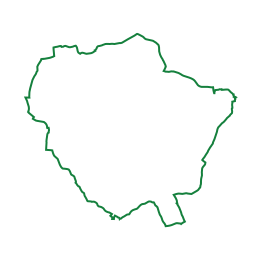 outline of Tritenii De Jos, Cluj, Romania, rotated 5°
{"feature_id": "2599482B80475446789021", "entity_name": "Tritenii De Jos", "entity_type": "district", "adm_level": 2, "iso_a3": "ROU", "parent_name": "Romania", "parent_adm1": "Cluj", "projection": "robinson", "projection_center": [24.012, 46.587], "detail": "fine", "context": "isolated", "style": "outline", "palette": "green", "viewbox_px": 256, "rotation_deg": 5, "n_neighbors": 0, "source": "geoboundaries", "source_scale": "gbopen_adm2", "svg_char_len": 5670}
<svg xmlns="http://www.w3.org/2000/svg" viewBox="0 0 256 256"><g transform="rotate(5 128 128)"><path d="M189.3,219.0L190.1,218.2L190.7,217.7L192.8,216.3L191.9,214.9L190.1,211.2L189.5,210.5L188.9,209.3L188.2,207.3L186.0,202.9L185.2,201.7L184.3,200.6L184.0,199.8L183.6,199.4L183.9,199.4L183.4,198.0L183.2,197.5L183.1,196.6L182.8,195.7L182.2,194.6L181.7,193.7L179.4,190.6L182.0,189.5L183.7,189.0L184.4,188.9L188.0,188.9L191.2,188.0L192.1,187.9L193.3,188.1L197.0,188.2L202.1,184.6L203.2,183.7L203.7,183.0L204.4,181.7L205.0,181.1L205.1,180.7L205.2,180.2L205.1,179.7L205.5,177.6L205.5,177.0L205.5,176.3L205.5,176.1L205.4,175.9L205.3,172.6L205.4,171.6L205.8,168.9L205.6,167.0L205.4,165.7L205.4,162.2L205.5,161.7L205.6,161.2L206.0,160.4L207.8,157.8L208.0,157.2L208.1,155.6L206.1,154.4L204.8,153.4L205.5,152.1L206.7,150.3L208.2,147.3L209.0,145.9L209.5,144.9L209.9,143.5L210.6,142.1L211.4,140.4L213.7,136.4L213.9,136.1L213.9,135.1L215.1,131.6L215.9,128.3L216.9,124.1L217.2,121.5L217.8,119.6L219.3,117.7L220.9,115.5L221.4,114.9L222.5,114.0L223.2,113.2L224.8,111.0L225.9,109.3L227.1,108.1L227.8,107.3L228.3,106.9L228.7,105.9L229.6,104.9L230.3,104.0L230.3,102.3L229.8,100.2L229.8,99.5L230.2,99.1L230.1,98.5L230.2,98.3L229.9,97.0L229.7,95.9L229.7,94.8L229.8,94.1L229.6,92.7L232.2,91.9L232.2,91.6L231.9,91.2L232.4,89.8L232.0,89.5L231.8,88.9L232.0,88.6L232.8,88.0L232.2,87.7L231.7,87.6L231.1,87.6L230.6,87.7L230.5,86.3L230.4,85.8L230.1,86.0L229.8,85.8L229.6,85.1L229.4,84.8L227.3,83.4L225.3,81.6L224.6,81.1L223.6,81.0L222.5,81.1L219.0,81.7L218.3,81.8L218.2,81.3L218.0,81.2L217.7,81.2L217.0,81.5L216.1,81.4L215.7,81.5L214.8,82.0L211.7,82.6L211.0,84.5L211.0,85.0L211.1,85.8L211.0,86.6L210.9,86.2L210.8,85.7L210.4,84.8L209.7,82.6L209.6,81.8L209.4,80.8L209.2,80.0L207.8,80.2L203.8,80.1L197.6,80.6L196.4,80.4L195.2,80.0L194.5,79.6L193.9,79.2L190.7,75.5L189.7,74.6L189.1,74.2L188.2,73.7L186.4,73.0L184.3,72.4L179.0,71.2L178.1,70.9L177.1,70.5L176.7,70.2L173.6,68.8L168.6,67.7L168.5,67.8L166.2,67.8L163.9,68.5L161.8,68.5L160.7,68.6L158.6,68.1L159.3,66.5L160.3,63.6L160.0,63.1L160.0,62.5L159.9,62.3L158.0,59.0L157.5,58.1L157.0,57.6L156.6,56.7L155.0,54.6L153.6,52.2L152.4,49.0L151.9,44.9L151.6,43.9L151.3,43.0L150.8,42.3L150.3,42.0L148.5,40.6L145.4,39.0L144.3,38.8L138.2,38.0L136.9,37.4L135.7,36.3L134.8,35.7L131.8,34.4L129.7,33.6L129.1,33.5L128.8,33.5L128.6,33.6L126.4,35.4L120.0,39.7L114.7,43.5L114.3,43.7L113.4,44.0L112.2,44.1L107.2,45.5L104.8,45.5L102.5,45.9L99.4,46.1L98.2,46.3L95.5,47.5L94.9,47.9L92.7,48.7L91.8,48.9L91.2,49.1L90.8,49.3L90.2,50.0L89.9,50.7L89.8,51.5L89.6,51.9L88.5,53.4L88.3,53.5L88.7,54.0L87.1,55.2L86.5,55.7L86.1,56.0L84.6,56.7L80.2,57.7L79.4,57.6L77.1,57.1L75.8,57.0L75.0,57.3L74.6,57.5L74.0,58.2L73.5,58.1L72.0,57.2L71.7,56.8L71.3,56.0L71.0,55.3L70.7,54.1L70.2,52.6L70.0,52.1L69.2,51.0L68.8,50.6L68.6,50.6L67.2,51.1L65.9,51.8L63.6,52.5L62.8,52.6L62.2,52.6L61.4,52.4L58.8,51.7L58.4,51.7L57.9,51.8L57.1,52.1L56.5,52.6L55.1,52.9L54.8,53.0L54.7,53.0L54.3,52.5L54.1,52.2L53.7,52.2L53.1,52.3L52.4,52.5L50.2,53.3L49.2,53.5L46.8,54.3L46.9,55.5L48.2,62.8L47.7,63.0L47.5,63.3L47.1,63.5L46.1,64.0L44.5,64.7L43.7,65.0L39.0,66.3L38.0,66.4L37.7,66.6L36.2,66.7L35.5,67.1L35.6,67.5L35.5,68.1L33.0,72.9L32.4,74.6L32.3,74.9L32.4,75.5L32.7,77.5L32.8,78.3L32.8,78.9L32.1,80.0L31.6,82.0L30.9,83.4L30.2,84.6L29.8,85.6L28.7,88.4L28.5,89.4L27.1,97.1L26.7,100.5L26.7,101.6L26.9,105.4L27.1,106.3L23.2,106.6L25.1,109.9L25.7,111.6L26.5,113.5L27.3,115.5L27.6,117.2L27.6,117.7L27.6,118.6L27.1,120.7L27.7,121.0L27.8,121.5L33.3,125.3L32.6,126.4L32.4,127.1L35.6,128.6L37.0,128.8L43.2,129.3L43.8,129.4L45.4,130.5L46.4,131.6L47.1,133.0L47.4,134.5L47.6,135.0L48.9,134.7L49.0,135.0L49.4,136.4L49.4,136.8L49.5,137.5L49.3,138.3L49.4,139.4L49.4,139.5L49.2,139.6L48.9,139.7L48.4,140.5L48.2,141.4L47.9,146.8L47.9,147.4L47.9,148.6L48.1,149.4L48.3,156.9L53.3,156.8L54.5,156.9L54.6,157.4L55.1,158.4L55.3,159.1L56.2,161.0L56.6,161.6L57.1,162.3L60.6,164.9L63.3,170.5L64.1,171.7L64.7,172.6L65.1,173.0L65.9,173.7L66.3,174.0L66.7,174.1L68.9,174.1L71.0,174.2L72.0,174.4L72.5,174.5L72.8,174.8L73.7,175.9L74.1,176.6L75.3,179.0L75.6,179.4L75.8,179.5L77.0,180.0L78.4,180.8L78.6,181.0L79.0,181.7L79.4,182.8L80.6,185.3L80.8,185.9L80.8,186.4L80.8,186.6L80.5,186.9L80.5,187.1L81.3,187.7L82.2,189.0L83.4,190.2L83.7,190.4L84.5,190.6L84.8,190.8L86.0,193.0L87.5,195.2L88.2,195.9L89.4,196.4L89.8,196.7L90.0,197.0L90.5,198.8L91.0,199.8L91.5,200.4L92.8,202.3L93.8,204.1L94.1,204.3L94.6,204.5L95.7,204.4L97.7,204.4L98.3,204.7L99.7,204.4L100.7,204.4L101.2,204.5L102.7,205.2L103.2,205.5L103.6,205.9L103.9,206.3L104.4,207.5L104.6,207.8L105.5,208.6L106.9,208.8L108.4,209.1L110.0,209.9L110.6,210.3L110.9,210.6L111.4,211.3L112.3,212.2L112.9,212.7L114.3,213.3L115.8,213.7L116.8,213.8L119.5,215.1L119.2,215.6L118.1,217.0L119.0,217.7L120.3,218.4L120.1,220.0L121.9,219.9L121.9,218.9L122.1,217.6L122.6,216.4L125.2,217.5L126.1,218.1L127.0,218.2L127.5,218.7L127.6,219.1L127.8,218.8L128.7,219.0L130.3,217.4L131.9,216.4L134.5,214.4L135.5,214.1L136.5,214.0L136.9,213.6L137.6,212.1L138.5,210.7L139.7,209.6L141.6,208.6L143.7,207.8L144.1,207.5L144.4,207.2L145.2,206.2L146.1,205.0L147.4,203.5L148.9,202.5L149.4,202.5L151.5,201.9L154.6,199.7L155.2,199.4L156.0,199.3L157.3,199.3L158.3,199.8L159.0,200.0L159.7,199.8L160.3,199.9L160.8,200.7L161.6,202.1L162.2,202.9L163.1,203.3L163.6,203.9L164.0,204.1L164.3,204.5L166.2,209.3L166.7,210.3L167.0,211.0L167.2,211.5L168.7,213.4L169.6,215.2L170.4,217.2L171.7,219.0L172.4,219.6L173.0,220.3L173.2,220.8L173.7,221.4L174.0,222.2L174.1,222.5L176.2,222.1L178.0,221.6L179.9,220.9L183.6,219.0L184.5,218.6L185.6,218.5L187.1,218.6L188.5,218.6L189.0,218.7L189.3,219.0Z" fill="none" stroke="#15803d" stroke-width="2"/></g></svg>